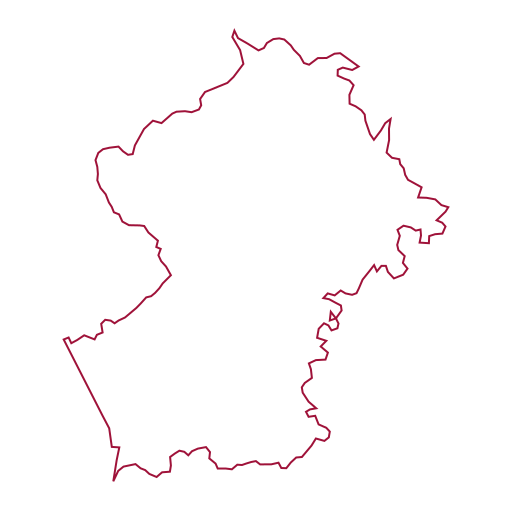 São José da Boa Vista, Paraná, Brazil
{"feature_id": "56859067B10835162552954", "entity_name": "São José da Boa Vista", "entity_type": "district", "adm_level": 2, "iso_a3": "BRA", "parent_name": "Brazil", "parent_adm1": "Paraná", "projection": "robinson", "projection_center": [-49.657, -23.956], "detail": "fine", "context": "isolated", "style": "outline", "palette": "rose", "viewbox_px": 512, "rotation_deg": 0, "n_neighbors": 0, "source": "geoboundaries", "source_scale": "gbopen_adm2", "svg_char_len": 2985}
<svg xmlns="http://www.w3.org/2000/svg" viewBox="0 0 512 512"><path d="M340.2,53.2L334.5,53.7L326.6,58.0L317.8,58.1L309.1,64.7L303.9,63.0L299.9,55.9L293.8,49.8L290.8,45.4L284.3,39.5L279.2,38.4L273.3,39.1L266.9,43.0L263.9,48.0L258.5,50.4L247.6,43.6L238.0,38.1L234.4,30.7L232.3,37.0L240.1,50.1L243.4,63.9L233.5,77.0L227.4,82.9L205.0,92.0L200.1,99.0L201.2,105.3L198.9,109.5L191.6,112.2L185.0,111.2L176.5,111.7L172.3,113.6L161.5,123.1L152.9,120.7L144.0,129.0L134.9,145.4L132.7,154.1L128.0,154.8L123.0,151.3L118.5,146.6L109.6,147.7L103.0,149.2L98.3,152.9L95.5,160.1L97.3,166.9L97.9,174.0L97.3,180.3L100.5,188.0L105.7,194.3L108.9,202.5L111.7,206.8L113.9,212.3L119.1,214.4L122.4,221.6L129.0,225.2L139.7,225.4L144.2,226.0L148.4,232.5L157.9,240.7L156.3,247.0L160.7,248.9L158.4,255.2L161.2,261.2L166.0,266.5L170.9,275.2L162.7,283.4L159.4,288.2L155.1,292.9L151.1,296.2L146.2,297.4L140.6,303.6L136.3,308.0L125.0,317.5L118.6,320.5L114.6,323.3L110.7,320.6L105.2,319.8L101.2,323.8L102.6,332.5L96.9,334.8L94.6,339.4L84.2,335.3L77.2,340.0L71.3,343.2L68.6,337.5L63.7,339.5L102.3,415.2L109.2,428.3L111.8,446.9L119.3,447.4L116.7,460.0L113.3,481.3L118.2,470.9L123.5,466.6L135.5,464.1L140.6,468.3L145.2,470.1L149.3,473.9L156.6,477.0L162.1,472.3L169.9,471.7L170.9,465.5L170.1,457.0L174.9,453.5L179.4,450.7L184.3,451.8L188.3,455.3L192.0,451.2L197.9,448.6L206.0,447.1L210.0,452.1L209.3,458.4L215.6,463.6L217.7,468.5L225.5,468.5L231.9,469.3L237.3,464.7L242.0,465.0L246.3,463.5L251.2,462.0L255.9,461.1L260.1,464.4L271.4,464.3L278.5,462.7L281.3,468.0L286.3,468.2L290.8,462.5L296.2,457.5L301.9,457.0L311.5,445.6L315.9,438.5L324.4,440.9L328.8,437.4L329.8,431.6L326.3,427.8L318.6,424.4L315.2,415.8L308.6,416.8L306.0,411.8L310.0,409.4L316.2,408.3L308.6,401.7L302.7,392.7L301.8,387.3L304.8,382.9L311.9,377.9L310.9,369.2L308.9,363.4L315.9,360.1L325.5,359.6L327.9,352.6L320.7,346.5L326.3,340.8L317.1,337.8L318.7,328.8L324.0,323.3L328.4,325.4L331.5,330.4L337.4,328.3L338.5,323.5L335.9,318.4L341.6,310.5L340.9,305.5L335.5,302.7L329.1,299.2L323.4,298.1L327.7,293.4L334.7,295.4L340.7,290.5L345.5,293.4L352.1,294.8L356.5,293.2L358.8,288.5L362.6,279.6L369.2,271.4L374.1,265.1L376.9,271.4L381.4,265.9L385.9,265.9L387.9,271.9L393.9,278.4L403.2,274.7L407.5,268.6L402.9,262.9L404.7,256.1L398.4,250.1L397.2,244.9L399.8,235.8L397.5,229.8L403.5,225.7L410.8,227.4L415.7,230.6L420.5,229.5L421.0,235.5L419.6,242.6L428.9,243.2L429.2,236.1L435.1,234.2L442.4,233.6L445.5,226.5L442.2,222.7L436.6,220.3L445.5,211.7L448.3,207.2L441.4,205.1L435.3,199.4L426.6,197.8L418.1,197.5L421.6,187.3L408.0,179.8L405.2,174.9L403.7,168.3L400.2,164.1L399.3,159.2L392.0,157.8L386.6,152.6L387.8,146.6L389.1,140.1L389.0,128.6L390.6,119.0L385.2,123.2L380.9,130.5L373.9,139.8L370.0,134.1L365.4,120.7L364.7,114.5L361.4,110.3L355.6,106.3L349.6,103.7L349.4,94.8L353.6,85.2L349.4,80.5L344.2,78.6L337.6,75.6L337.8,69.8L342.8,67.6L352.2,70.0L358.6,66.5L340.2,53.2ZM335.9,318.4L329.8,320.5L330.8,311.8L335.9,318.4Z" fill="none" stroke="#9f1239" stroke-width="2"/></svg>